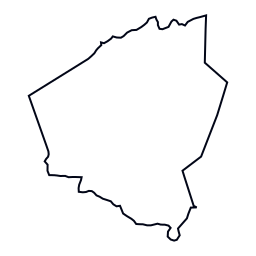 outline of Juru, Paraíba, Brazil
{"feature_id": "56859067B46938052827534", "entity_name": "Juru", "entity_type": "district", "adm_level": 2, "iso_a3": "BRA", "parent_name": "Brazil", "parent_adm1": "Paraíba", "projection": "mercator", "projection_center": [-37.806, -7.51], "detail": "fine", "context": "isolated", "style": "outline", "palette": "ink", "viewbox_px": 256, "rotation_deg": 0, "n_neighbors": 0, "source": "geoboundaries", "source_scale": "gbopen_adm2", "svg_char_len": 1403}
<svg xmlns="http://www.w3.org/2000/svg" viewBox="0 0 256 256"><path d="M206.1,15.4L199.6,17.2L196.7,17.9L193.4,18.9L187.7,21.9L185.0,25.5L181.9,24.1L179.1,24.6L176.4,20.7L173.5,19.7L171.4,21.6L168.5,26.9L162.5,29.2L159.5,28.8L157.9,25.1L157.9,22.1L156.4,19.5L155.5,16.8L152.0,17.6L148.9,18.8L146.9,22.5L144.3,24.8L141.2,27.1L136.5,29.9L131.7,30.2L127.1,32.6L123.6,36.1L120.9,37.7L116.7,37.5L112.8,36.4L111.1,38.6L107.6,41.2L104.0,43.2L101.0,42.4L101.3,45.1L97.9,48.3L96.2,50.3L94.4,53.2L91.5,56.0L88.2,58.9L28.8,95.8L46.4,145.6L48.4,151.4L48.7,154.2L48.1,156.7L46.1,159.0L44.7,161.4L47.6,164.7L47.5,170.8L49.2,175.1L54.2,175.2L57.1,175.5L60.3,176.0L65.1,175.9L68.6,177.2L72.5,177.0L75.5,177.0L81.6,177.2L81.0,180.1L79.2,184.7L78.6,188.1L78.8,191.8L82.8,192.3L86.0,192.0L88.8,190.9L91.8,191.1L94.1,192.7L96.5,195.4L99.6,196.7L102.8,198.7L106.6,199.9L110.8,201.3L113.3,204.3L116.5,206.3L120.0,205.8L121.8,210.2L123.1,213.5L126.9,216.1L131.4,218.8L133.9,220.8L136.2,224.0L139.2,224.2L142.9,224.3L147.0,225.3L151.0,225.3L154.3,224.5L157.5,223.7L160.8,224.6L164.9,224.7L168.5,225.6L170.6,227.9L168.0,231.6L167.7,236.6L170.7,239.5L174.1,240.6L176.8,239.8L179.7,235.3L178.6,231.3L178.0,228.5L186.9,218.4L188.4,213.7L190.8,207.6L196.7,207.4L193.7,205.9L184.2,176.2L182.5,170.7L201.1,156.6L217.2,115.1L223.2,95.6L227.2,82.4L204.8,62.7L205.6,28.9L206.1,15.4Z" fill="none" stroke="#020617" stroke-width="2"/></svg>